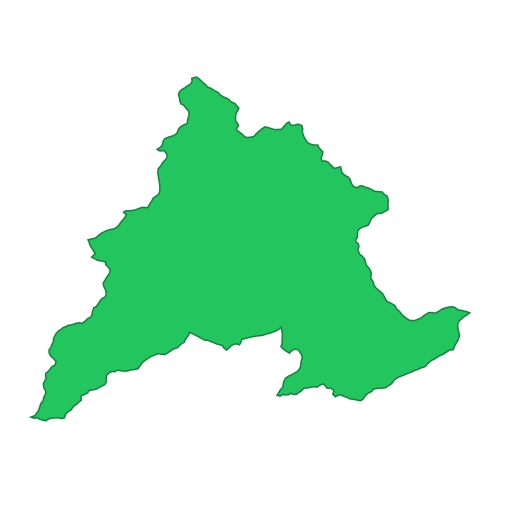 Santo Antônio do Monte, Minas Gerais, Brazil (Natural Earth projection), rotated 273°
{"feature_id": "56859067B70923640932265", "entity_name": "Santo Antônio do Monte", "entity_type": "district", "adm_level": 2, "iso_a3": "BRA", "parent_name": "Brazil", "parent_adm1": "Minas Gerais", "projection": "natural_earth1", "projection_center": [-45.306, -20.094], "detail": "fine", "context": "isolated", "style": "filled", "palette": "green", "viewbox_px": 512, "rotation_deg": 273, "n_neighbors": 0, "source": "geoboundaries", "source_scale": "gbopen_adm2", "svg_char_len": 6061}
<svg xmlns="http://www.w3.org/2000/svg" viewBox="0 0 512 512"><g transform="rotate(273 256 256)"><path d="M263.3,87.4L261.1,88.7L258.8,89.3L256.0,91.0L252.8,93.5L249.8,95.2L246.3,91.9L244.9,95.0L243.5,97.6L243.1,100.5L242.8,103.1L242.0,106.3L239.4,106.4L237.2,109.1L234.0,111.2L230.8,110.5L227.9,108.6L223.7,106.3L220.7,104.7L217.4,105.7L213.9,107.7L210.2,108.4L207.0,107.5L205.6,104.6L203.3,102.7L200.2,101.1L197.2,99.2L195.7,96.6L191.0,95.4L188.2,95.2L186.3,94.0L184.6,91.1L182.3,89.1L179.8,86.1L180.0,82.7L179.4,80.0L178.4,77.5L177.5,75.0L176.9,72.0L175.4,69.7L174.5,67.2L172.6,65.3L170.9,62.7L167.8,60.3L165.1,59.0L162.7,58.1L159.4,58.0L156.9,56.8L154.2,56.0L151.3,54.2L148.0,54.6L144.8,56.8L143.0,59.2L140.0,61.9L136.5,61.0L134.8,58.0L131.8,56.0L129.5,54.1L127.7,52.2L125.5,52.1L122.9,52.9L120.3,51.6L117.3,50.3L113.0,51.2L110.1,53.1L107.6,53.2L104.5,51.7L99.8,50.7L97.4,48.8L94.0,48.0L90.6,47.0L88.0,45.5L85.1,43.7L83.3,39.6L82.4,43.0L83.0,45.7L81.8,48.4L80.9,51.6L80.4,54.8L82.2,57.1L83.5,60.6L83.8,63.9L84.1,67.1L83.6,70.3L84.3,73.2L87.7,74.0L90.3,76.0L92.3,79.1L95.4,81.1L97.2,82.5L98.7,84.9L101.1,86.9L102.6,89.0L105.0,88.7L107.4,88.9L108.6,91.7L110.4,95.0L113.1,96.4L113.9,100.4L114.9,104.0L116.8,106.7L118.1,108.9L119.5,111.6L122.4,113.2L125.3,112.9L128.9,112.9L131.5,115.5L133.1,118.1L133.0,120.9L134.6,123.2L134.5,125.9L134.1,129.2L134.4,133.5L135.6,136.7L136.2,140.1L137.1,144.0L139.8,145.7L143.4,147.9L145.9,150.7L147.8,153.1L149.8,155.8L152.5,161.4L153.4,164.5L152.8,167.4L152.9,170.6L155.1,173.6L157.7,176.9L159.4,179.6L160.2,182.3L162.6,184.4L164.8,186.5L166.0,188.9L168.4,189.5L172.9,192.5L176.2,193.8L174.8,197.4L172.9,201.6L169.3,209.1L169.2,212.7L168.2,215.2L167.3,218.1L165.9,222.1L164.9,227.0L162.1,229.1L160.5,231.5L163.2,234.3L165.5,236.2L167.3,240.3L166.5,244.1L168.8,245.4L171.9,246.1L172.9,249.2L174.2,253.1L175.3,257.0L176.1,260.7L176.8,265.0L177.6,268.0L178.8,270.9L180.0,274.6L182.2,279.9L184.2,282.9L186.1,284.8L182.7,285.8L179.5,286.4L175.5,286.5L172.3,286.5L169.8,286.7L166.9,285.6L164.8,287.8L162.6,291.0L160.8,294.4L162.9,296.4L165.1,299.2L164.7,303.1L161.9,305.1L159.9,306.6L157.1,307.5L153.4,306.7L150.2,306.4L147.6,306.2L145.1,305.0L142.6,303.1L141.0,300.3L139.3,297.8L137.8,294.9L135.4,291.8L131.9,290.3L129.0,289.8L126.4,289.7L123.8,287.4L120.8,285.9L118.0,284.3L117.3,287.3L119.0,289.8L118.9,292.8L119.1,295.9L120.8,297.5L119.7,300.4L120.0,303.8L122.1,306.1L123.9,308.6L126.5,310.6L127.0,314.8L128.1,318.5L128.5,321.4L128.2,323.9L130.3,326.4L131.8,329.6L130.4,331.7L127.8,333.7L127.9,337.5L125.8,341.0L122.1,339.9L119.5,342.7L121.6,345.6L121.5,348.5L120.4,351.1L119.5,354.6L118.2,357.3L118.1,360.3L117.6,363.6L116.9,367.5L118.3,370.2L120.5,371.4L123.3,373.5L125.5,376.0L126.7,378.6L129.2,380.2L130.1,384.1L130.6,388.6L131.2,392.1L133.1,394.6L134.7,397.1L136.7,398.9L139.4,400.5L141.8,403.5L143.5,406.9L145.1,410.5L147.2,414.6L148.4,417.6L150.0,420.2L151.3,423.8L152.9,426.6L153.8,429.5L155.3,431.5L157.8,433.5L160.7,436.3L162.5,439.7L165.3,443.4L167.7,448.0L169.8,451.0L172.1,454.1L172.8,457.8L175.4,458.8L177.6,459.5L180.0,460.8L182.7,462.2L187.5,463.5L190.2,462.5L195.8,461.2L199.3,461.1L202.0,462.5L203.7,464.3L205.7,466.2L207.9,469.2L210.4,472.4L211.6,468.6L212.3,464.6L212.8,460.5L214.3,458.4L215.5,456.2L215.3,451.9L214.2,448.3L212.9,444.9L210.3,441.4L208.2,437.7L208.7,434.4L208.5,431.5L206.8,429.1L205.3,426.8L203.2,424.7L201.5,421.4L199.8,417.8L199.7,413.0L201.7,409.3L205.1,404.7L207.6,402.7L209.3,400.7L210.9,398.8L213.6,397.6L215.1,394.8L216.2,392.5L217.1,389.9L219.1,387.9L221.3,386.7L223.5,385.4L225.4,384.0L227.6,381.0L230.3,377.5L233.0,375.3L235.9,374.6L238.1,373.2L240.0,371.6L243.1,372.0L245.5,371.9L247.8,370.8L249.8,369.4L252.5,366.8L255.8,365.5L258.5,364.8L261.5,362.0L263.4,359.2L265.7,358.3L267.9,357.5L270.7,358.3L273.4,357.6L275.3,355.1L277.5,354.6L279.4,356.2L282.6,356.2L286.6,356.3L289.2,358.7L290.5,361.0L291.5,363.6L292.4,366.2L294.6,367.4L297.7,368.5L299.8,369.5L301.7,371.6L304.7,374.7L305.1,379.1L307.4,382.6L309.2,385.5L312.1,385.3L314.4,385.0L317.4,385.2L320.0,384.8L322.6,383.8L324.3,380.8L326.5,378.7L326.8,371.3L328.7,367.3L330.0,364.2L330.3,361.5L331.5,359.0L331.5,356.3L329.5,353.2L330.5,349.5L333.7,347.4L337.3,346.0L339.6,344.0L340.8,341.4L342.1,339.3L343.9,337.3L346.2,336.7L349.5,335.8L348.2,332.0L347.7,328.9L349.8,327.3L351.3,325.2L353.5,323.1L354.6,320.1L354.2,316.9L357.3,315.9L360.9,317.1L363.5,317.3L365.5,315.1L367.8,313.0L370.1,311.9L369.8,308.2L370.6,304.5L371.7,302.1L374.0,299.9L377.5,297.7L380.2,296.6L382.9,295.7L385.2,296.0L388.7,295.0L389.9,290.8L388.4,287.1L388.6,284.0L391.6,281.9L390.1,279.6L388.2,278.2L386.3,276.5L384.0,275.3L383.5,271.4L383.2,267.9L384.1,264.4L384.9,260.8L385.5,258.3L383.1,255.0L380.8,252.6L378.2,249.9L375.6,248.0L374.6,245.6L373.9,241.5L374.2,238.7L376.0,236.9L377.6,234.9L379.0,232.9L380.3,230.4L382.7,230.0L385.0,231.8L387.4,230.7L389.9,228.5L393.5,228.3L397.1,228.6L400.2,230.1L402.7,231.1L407.4,226.7L408.6,223.1L411.2,220.3L413.0,215.7L414.9,211.8L417.3,209.7L418.8,206.2L421.1,202.3L422.2,198.6L424.4,196.8L426.5,193.8L428.5,191.6L430.3,189.4L431.6,187.1L430.1,182.6L426.9,183.1L424.1,181.4L422.4,178.7L420.6,176.7L418.6,173.5L416.4,171.2L413.6,170.1L409.6,171.3L406.3,172.0L403.9,173.2L402.8,175.9L400.1,178.3L396.8,181.3L393.5,181.8L390.7,181.1L387.9,180.6L384.8,180.4L383.3,177.3L381.6,174.5L379.5,172.5L376.7,171.3L374.5,170.8L372.3,168.1L371.2,165.4L370.0,162.2L368.5,158.9L366.2,157.4L361.5,156.5L359.1,154.2L357.4,151.7L355.8,154.4L356.4,158.6L354.1,160.8L352.0,161.9L349.7,162.0L347.5,160.6L345.1,158.5L343.1,157.1L340.9,156.3L338.2,153.8L334.0,153.6L328.6,154.7L322.7,156.0L320.3,156.3L317.2,156.6L314.3,156.2L312.2,155.2L310.5,153.0L308.5,150.3L305.6,149.1L302.5,147.2L298.5,145.2L298.7,140.2L297.7,137.4L296.2,134.3L295.0,130.5L294.6,127.2L294.3,123.6L292.8,121.4L290.4,124.4L287.1,122.7L284.4,120.6L282.2,119.0L279.9,117.6L277.5,115.5L275.6,112.7L274.8,109.0L273.7,106.0L272.3,103.3L270.7,100.4L268.8,98.1L266.5,95.9L265.1,93.8L264.4,90.7L263.3,87.4Z" fill="#22c55e" stroke="#15803d" stroke-width="1.5"/></g></svg>